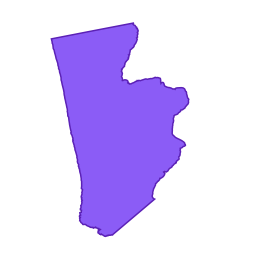 Choll, Palau, rotated 169°
{"feature_id": "81905179B4066449576994", "entity_name": "Choll", "entity_type": "district", "adm_level": 2, "iso_a3": "PLW", "parent_name": "Palau", "parent_adm1": "", "projection": "albers", "projection_center": [134.635, 7.673], "detail": "fine", "context": "isolated", "style": "filled", "palette": "violet", "viewbox_px": 256, "rotation_deg": 169, "n_neighbors": 0, "source": "geoboundaries", "source_scale": "gbopen_adm2", "svg_char_len": 5821}
<svg xmlns="http://www.w3.org/2000/svg" viewBox="0 0 256 256"><g transform="rotate(169 128 128)"><path d="M186.2,230.1L186.1,227.9L186.0,226.7L186.3,226.0L185.9,224.5L185.9,223.9L186.0,222.7L186.1,221.5L186.2,220.1L185.7,218.8L185.6,215.5L185.4,213.4L185.3,211.0L185.3,209.6L185.1,208.8L184.9,207.1L184.6,204.9L184.8,202.6L184.5,201.3L184.8,199.4L184.3,198.1L184.4,197.1L184.5,195.6L184.2,193.3L184.2,192.3L184.1,190.7L184.2,189.6L184.4,188.7L184.5,187.6L184.3,186.4L184.3,185.5L184.3,183.2L184.0,178.1L184.0,176.0L184.0,174.9L184.2,174.1L184.3,172.4L184.2,171.4L184.3,170.0L184.3,168.8L184.2,167.1L184.2,164.3L184.1,163.3L184.1,161.7L184.1,160.0L184.0,158.6L184.1,156.7L184.5,155.9L184.4,154.8L184.5,153.0L184.8,151.3L184.2,149.9L184.3,149.3L184.4,147.9L184.5,146.6L184.6,143.8L184.7,142.4L184.7,140.1L184.7,137.9L184.6,136.1L184.5,134.8L185.0,134.3L185.0,133.1L184.6,132.3L184.3,130.8L184.3,129.8L184.0,128.5L184.4,127.2L184.1,126.4L184.7,125.9L184.6,125.0L184.1,120.7L184.3,120.2L184.0,118.5L184.2,116.7L183.9,114.9L183.8,113.7L183.7,112.4L183.5,110.0L183.8,108.9L183.7,107.6L183.6,106.2L184.1,104.9L184.1,103.9L184.0,103.1L183.4,101.4L183.8,100.6L184.0,99.9L183.7,99.4L183.8,97.9L183.4,97.1L183.6,96.2L183.5,95.6L183.6,94.8L183.6,93.6L183.4,91.7L183.5,89.4L183.6,87.0L183.9,85.8L183.7,84.6L184.1,82.4L184.6,79.7L185.0,78.6L185.3,77.4L184.4,76.4L184.6,75.5L185.1,74.9L185.1,74.2L185.6,73.7L185.7,72.0L186.2,71.2L187.0,69.7L187.1,68.9L186.7,68.5L187.1,67.7L186.9,67.1L187.2,66.7L187.2,66.0L186.7,65.7L187.6,64.5L187.4,63.6L188.0,62.3L188.5,61.3L189.2,60.8L189.2,60.2L189.1,59.6L189.6,58.3L190.0,58.1L190.3,57.5L190.3,56.7L189.3,56.1L189.7,55.3L190.0,54.1L190.6,54.1L191.4,54.1L191.5,53.4L191.5,52.6L191.1,51.8L191.2,51.3L191.8,51.5L192.2,51.3L192.5,50.6L192.5,50.0L192.3,49.6L191.8,49.3L192.0,49.0L192.7,48.7L192.7,47.4L192.8,46.9L193.1,46.2L192.6,45.9L192.5,45.4L192.2,44.2L191.2,43.1L190.7,41.9L189.7,41.7L188.5,41.6L187.8,41.1L187.3,40.3L186.4,39.6L185.3,38.9L184.4,38.3L184.0,37.7L183.3,37.6L182.3,37.2L181.5,37.2L181.4,36.7L181.0,36.3L180.5,36.4L180.2,36.7L179.1,36.5L178.6,36.8L178.5,36.6L178.3,36.0L178.0,36.0L177.3,35.5L176.5,35.1L175.9,34.9L175.7,34.5L175.4,34.1L174.6,33.7L175.2,33.3L175.9,33.3L175.9,33.6L176.1,33.7L176.5,33.8L176.7,33.5L176.6,33.2L176.2,32.9L176.2,32.6L176.6,32.3L177.1,32.1L177.3,31.7L177.3,31.4L177.4,31.0L177.3,30.6L176.6,30.4L176.6,30.0L176.4,29.7L176.2,29.4L176.0,29.1L175.1,28.9L175.0,28.5L174.6,28.6L174.2,28.8L174.1,28.4L173.5,28.1L173.1,27.7L172.7,27.3L172.2,26.9L171.8,26.3L171.2,26.3L170.7,25.9L170.0,26.1L169.5,26.0L169.1,26.5L168.4,26.5L168.8,26.2L168.0,26.1L167.7,26.3L166.8,26.3L166.0,26.1L164.6,26.3L164.3,26.0L164.1,25.9L163.6,26.1L163.4,26.1L163.3,26.3L115.4,53.1L116.0,53.5L117.1,54.9L117.3,56.5L116.9,57.4L116.2,58.8L116.0,60.2L115.8,60.6L115.1,62.1L114.6,63.1L114.3,63.9L113.8,64.1L112.8,65.6L111.9,66.8L111.5,68.2L110.7,68.5L110.0,69.0L109.2,69.9L108.5,70.0L108.2,70.4L107.8,70.5L107.1,71.1L106.7,71.4L106.4,72.5L105.5,72.4L104.5,72.7L102.6,73.6L101.2,75.0L100.5,76.3L101.4,78.0L100.5,78.4L98.9,77.5L97.1,78.2L95.8,79.7L94.8,80.4L93.1,81.0L92.1,81.6L91.9,82.2L90.7,82.8L89.7,83.7L89.0,84.0L88.1,84.3L87.9,84.8L87.3,84.7L87.0,85.9L86.2,86.5L85.6,86.6L85.1,87.1L84.2,87.4L83.9,87.6L83.7,88.4L83.7,89.4L83.6,90.1L82.8,90.6L82.3,91.0L82.3,91.8L81.8,92.3L81.7,93.2L81.2,94.1L81.0,94.7L80.9,95.4L81.2,95.8L81.0,96.6L80.7,96.9L80.6,98.1L79.6,98.2L78.5,98.5L77.4,99.3L76.1,99.4L75.0,99.9L74.9,100.9L75.5,101.5L75.2,102.3L75.7,103.3L76.5,104.2L77.7,105.4L79.7,107.0L81.5,108.3L83.2,109.7L84.3,111.3L85.5,112.9L85.7,114.3L85.4,115.3L85.2,116.2L84.8,117.7L84.8,118.6L84.4,119.4L84.0,121.1L83.6,121.9L83.3,123.2L83.0,124.2L82.6,124.6L82.3,125.3L81.8,126.5L81.8,127.7L81.6,129.0L81.1,129.6L80.6,130.6L80.4,131.4L79.3,131.8L77.5,132.0L76.5,132.3L75.5,133.3L74.2,133.8L73.1,134.6L72.9,135.4L72.2,135.5L71.0,135.5L69.9,136.1L68.5,136.6L67.8,137.6L66.9,138.3L66.0,139.1L64.7,139.9L64.1,140.8L63.7,141.5L63.6,142.6L63.4,143.6L62.9,144.5L63.1,145.2L63.5,145.6L63.8,147.1L63.8,149.0L64.0,149.5L63.9,149.9L64.0,150.7L63.8,151.6L63.9,152.5L64.5,153.2L64.7,154.4L65.0,155.6L66.2,156.8L67.8,157.4L72.1,158.0L73.4,158.0L74.4,157.0L74.7,157.5L75.8,157.6L76.7,157.8L77.9,158.9L79.7,159.8L80.3,159.9L81.1,160.3L82.2,160.8L83.0,161.5L83.6,161.9L84.0,162.3L84.2,163.1L84.2,164.1L84.4,165.2L84.8,165.9L85.6,166.2L86.6,166.2L87.1,165.6L87.2,166.9L86.8,168.6L86.8,170.5L87.7,171.1L89.0,171.8L90.0,172.0L90.8,172.0L91.7,172.6L92.5,172.3L95.0,171.9L96.3,172.2L98.6,172.2L99.7,172.1L100.9,172.7L101.7,172.8L105.7,172.3L106.8,172.1L108.3,172.7L108.8,172.4L110.0,172.9L110.5,172.2L111.3,172.3L113.8,171.4L114.8,171.3L115.7,171.1L116.4,170.8L118.2,170.9L118.7,171.5L118.4,171.7L118.7,172.0L119.5,172.1L119.6,172.6L119.1,173.0L119.3,174.3L120.0,175.1L120.9,175.6L121.9,175.9L122.6,175.9L123.4,175.8L124.0,175.5L124.5,175.7L124.2,176.3L124.1,177.1L124.2,178.0L124.2,178.8L124.6,179.4L124.6,179.8L123.9,180.7L123.5,181.6L123.4,182.2L123.1,182.6L123.2,183.5L123.7,184.6L123.3,184.9L123.3,185.9L122.7,186.5L123.0,187.0L122.0,187.5L121.3,188.3L120.7,188.5L120.2,189.0L119.7,189.2L119.6,190.0L119.2,190.5L118.8,191.3L118.8,192.0L118.2,192.5L117.7,193.4L117.2,193.5L116.6,194.2L115.6,194.8L114.5,195.7L114.5,196.5L114.0,196.7L114.1,197.4L113.6,197.7L113.4,198.4L113.2,198.7L113.4,199.6L112.8,199.5L112.3,200.0L112.2,201.1L111.6,202.1L111.2,203.2L110.9,204.2L110.2,204.5L108.8,205.3L108.1,205.9L107.4,206.0L106.3,207.3L106.2,208.0L105.6,208.5L104.2,209.8L102.9,211.7L102.0,213.4L102.4,214.8L101.3,215.4L101.3,216.2L101.1,217.5L100.5,218.1L100.5,218.7L100.2,219.2L100.6,220.2L99.8,220.7L99.4,222.1L100.0,222.8L99.8,224.0L100.6,224.4L100.4,225.4L101.0,225.8L101.3,226.8L101.7,227.5L102.2,227.7L102.8,228.2L103.5,229.4L102.1,230.0L146.6,230.1L186.2,230.1Z" fill="#8b5cf6" stroke="#5b21b6" stroke-width="1.5"/></g></svg>